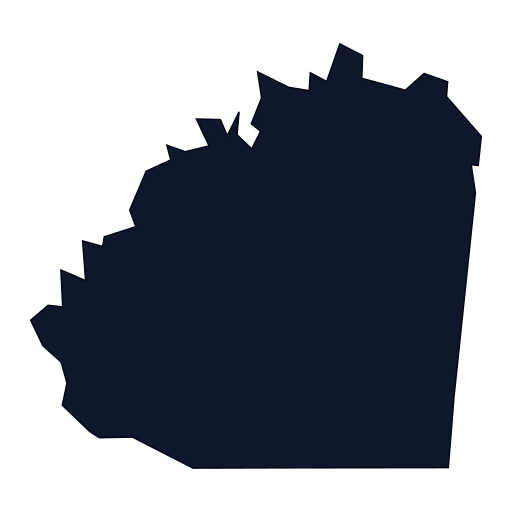 Washington, Kentucky, United States of America (Equal Earth projection)
{"feature_id": "52423323B50785564442129", "entity_name": "Washington", "entity_type": "district", "adm_level": 2, "iso_a3": "USA", "parent_name": "United States of America", "parent_adm1": "Kentucky", "projection": "equal_earth", "projection_center": [-85.219, 37.774], "detail": "fine", "context": "isolated", "style": "filled", "palette": "ink", "viewbox_px": 512, "rotation_deg": 0, "n_neighbors": 0, "source": "geoboundaries", "source_scale": "gbopen_adm2", "svg_char_len": 742}
<svg xmlns="http://www.w3.org/2000/svg" viewBox="0 0 512 512"><path d="M30.7,320.2L42.9,345.7L61.1,362.1L67.0,383.1L62.3,405.2L89.6,431.4L99.3,437.7L132.4,437.1L193.0,468.1L295.5,467.8L448.3,467.6L452.3,418.4L454.0,397.0L475.4,192.8L471.2,164.7L478.2,165.5L481.3,136.4L446.5,96.6L447.6,81.8L424.1,73.5L405.3,90.2L361.8,78.3L362.6,55.6L339.8,43.9L326.7,81.5L310.3,72.8L309.2,90.7L288.6,87.3L257.6,71.9L261.6,97.7L251.3,123.8L260.6,131.2L251.7,148.9L237.0,134.8L239.1,111.8L227.2,135.7L220.4,119.6L196.4,119.0L209.1,145.9L185.2,151.7L166.8,145.2L170.8,159.9L146.2,171.2L129.7,210.1L135.8,226.7L104.3,236.8L102.6,246.5L82.6,240.9L85.6,280.6L60.9,270.0L62.7,306.9L48.1,305.3L30.7,320.2Z" fill="#0f172a" stroke="#020617" stroke-width="1.5"/></svg>